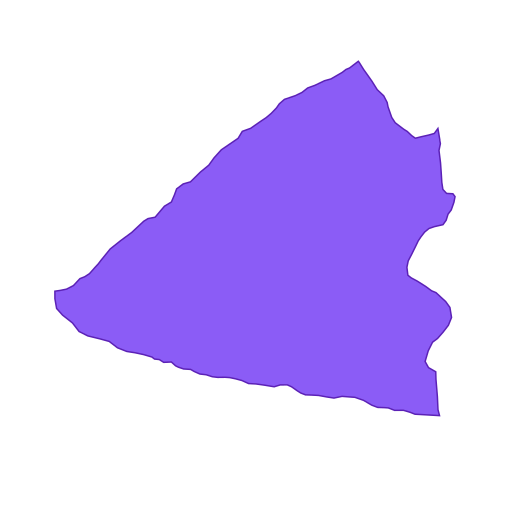 Quba District, Quba, Azerbaijan (Equal Earth projection), rotated 353°
{"feature_id": "54616110B77048085748362", "entity_name": "Quba District", "entity_type": "district", "adm_level": 2, "iso_a3": "AZE", "parent_name": "Azerbaijan", "parent_adm1": "Quba", "projection": "equal_earth", "projection_center": [48.485, 41.2], "detail": "fine", "context": "isolated", "style": "filled", "palette": "violet", "viewbox_px": 512, "rotation_deg": 353, "n_neighbors": 0, "source": "geoboundaries", "source_scale": "gbopen_adm2", "svg_char_len": 2204}
<svg xmlns="http://www.w3.org/2000/svg" viewBox="0 0 512 512"><g transform="rotate(353 256 256)"><path d="M381.3,75.2L371.7,80.8L368.1,81.8L363.9,84.3L351.9,89.4L345.3,90.4L335.2,93.8L327.8,95.5L321.5,99.3L314.3,101.7L303.3,104.0L297.7,107.8L294.4,111.5L288.5,116.3L282.8,120.0L277.2,122.8L270.6,126.3L266.3,128.6L257.6,130.6L252.6,137.0L234.6,146.3L226.4,153.4L220.2,160.1L211.2,165.8L200.0,174.4L192.5,175.6L185.4,179.7L182.5,185.4L178.6,192.1L171.2,195.4L160.6,205.2L153.4,205.7L148.8,207.8L135.5,217.5L123.6,224.2L112.2,231.2L101.6,241.4L98.5,244.6L94.7,247.8L88.6,253.2L83.5,255.7L78.5,257.0L71.2,263.1L63.9,265.8L57.4,266.3L52.1,266.4L51.2,274.0L51.7,283.8L56.8,291.1L65.7,300.1L71.2,309.4L79.3,314.8L91.2,319.3L99.9,322.9L107.3,330.2L111.7,332.6L116.1,335.0L124.2,337.3L132.3,340.1L140.4,343.6L142.7,345.9L147.4,347.0L151.4,350.3L159.1,350.9L162.8,355.2L165.4,356.9L170.4,359.3L177.3,360.6L180.6,363.1L185.9,366.3L192.1,367.8L197.9,370.5L203.2,371.8L210.6,372.6L215.2,373.5L221.0,375.5L226.9,377.9L233.1,381.7L240.4,383.0L248.6,385.2L258.1,388.0L264.3,386.9L271.3,387.7L275.3,390.1L280.5,394.8L283.8,397.5L287.6,399.5L288.0,399.8L294.8,400.9L301.0,402.0L309.0,404.5L316.1,406.5L324.3,405.8L331.7,407.3L336.9,408.3L345.2,412.4L351.2,417.0L352.8,418.2L358.3,421.1L365.2,422.2L368.8,422.9L374.8,426.1L383.5,427.1L389.9,429.9L394.5,432.4L406.7,434.6L418.7,436.8L417.9,430.7L418.9,417.6L419.6,400.2L420.3,392.8L413.6,387.8L411.0,381.3L415.4,371.1L420.7,363.1L426.1,360.0L432.4,354.4L438.5,348.2L442.6,340.8L442.2,330.7L438.7,324.3L434.4,319.3L430.2,314.3L426.0,311.9L420.6,306.8L412.9,300.5L407.5,296.7L404.4,293.6L404.4,285.6L406.5,279.4L410.7,273.3L415.7,265.7L418.9,260.7L422.1,257.0L426.3,252.8L431.0,249.8L436.6,248.6L445.4,247.7L449.1,243.7L451.7,237.9L455.4,234.1L459.0,226.8L460.8,221.3L459.0,218.2L452.8,217.1L449.6,212.7L449.4,205.6L449.9,197.4L450.5,186.1L450.5,173.5L452.7,167.0L452.5,163.5L452.6,163.1L452.1,151.6L447.9,156.1L442.1,157.0L434.2,157.8L428.5,158.5L425.3,155.6L421.3,150.8L418.1,148.2L410.4,140.7L407.6,135.0L405.2,123.9L404.9,119.6L402.3,112.6L396.6,105.7L392.4,96.7L388.7,89.8L385.6,84.1L382.1,76.6L381.3,75.2Z" fill="#8b5cf6" stroke="#5b21b6" stroke-width="1.5"/></g></svg>